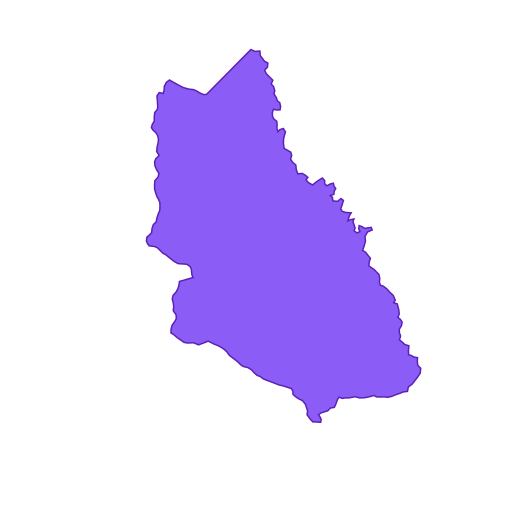 the district of Boa Esperança do Sul, São Paulo, Brazil, rotated 58°
{"feature_id": "56859067B58098151233550", "entity_name": "Boa Esperança do Sul", "entity_type": "district", "adm_level": 2, "iso_a3": "BRA", "parent_name": "Brazil", "parent_adm1": "São Paulo", "projection": "mercator", "projection_center": [-48.46, -21.949], "detail": "fine", "context": "isolated", "style": "filled", "palette": "violet", "viewbox_px": 512, "rotation_deg": 58, "n_neighbors": 0, "source": "geoboundaries", "source_scale": "gbopen_adm2", "svg_char_len": 3747}
<svg xmlns="http://www.w3.org/2000/svg" viewBox="0 0 512 512"><g transform="rotate(58 256 256)"><path d="M321.1,163.2L318.6,160.2L314.8,160.7L311.1,161.0L307.7,162.6L305.1,159.3L301.3,155.2L297.2,153.2L294.7,148.7L295.5,143.7L292.8,143.1L291.3,146.5L290.2,149.2L287.5,150.4L284.9,152.4L287.3,154.5L290.3,154.9L290.0,158.0L286.6,159.5L284.8,157.1L281.9,156.4L278.3,155.6L276.5,153.3L275.3,156.5L274.9,159.5L271.4,155.5L269.8,152.4L266.8,156.6L263.8,159.3L260.8,159.1L258.7,156.4L255.2,152.4L252.3,153.5L252.9,157.8L250.0,161.6L246.8,160.1L244.2,161.0L245.0,157.3L242.6,155.5L241.0,152.6L238.3,152.9L235.3,151.8L234.3,154.6L234.0,158.7L231.2,159.5L228.4,157.8L225.0,158.4L225.0,163.0L225.3,167.1L225.7,170.4L221.4,172.7L217.8,173.2L216.9,170.4L213.7,171.3L210.4,173.1L208.5,177.0L203.9,176.0L199.9,174.0L196.3,175.2L192.2,175.4L189.7,172.5L186.4,171.5L179.6,175.1L175.1,173.1L171.4,170.6L168.5,167.7L166.5,165.3L162.4,165.2L161.5,168.7L162.2,171.5L159.0,170.8L156.5,168.9L152.8,167.0L149.1,168.3L145.8,167.8L142.5,165.7L140.9,163.3L143.0,161.3L144.8,158.2L142.4,156.0L138.5,154.6L135.7,155.7L132.4,154.8L128.2,154.9L125.6,152.4L121.4,151.3L118.3,152.0L115.8,148.6L111.6,149.6L107.1,150.6L103.1,150.4L101.9,146.2L98.6,143.7L95.4,145.6L92.3,145.8L88.4,146.2L84.2,144.1L82.0,148.4L78.2,150.9L92.7,212.2L91.5,214.8L87.8,217.3L84.6,218.9L81.8,220.8L78.8,224.6L74.6,228.4L71.0,230.6L68.3,232.1L64.7,234.1L60.9,236.1L61.2,239.9L63.5,243.8L66.5,245.9L69.0,248.5L66.1,251.5L67.8,255.2L71.2,256.9L74.6,258.8L77.1,260.1L79.4,261.9L80.6,265.8L84.3,268.7L87.6,270.7L89.4,274.2L91.7,276.7L94.8,276.6L98.2,275.6L101.6,275.6L105.0,276.7L108.0,278.9L110.8,281.8L114.8,284.9L119.4,284.9L120.4,289.5L122.4,292.1L126.0,293.9L130.4,294.6L134.6,294.6L137.3,297.4L138.5,301.8L141.7,304.2L145.6,306.6L150.2,307.9L153.3,308.5L156.7,308.7L159.9,309.3L162.9,311.1L166.2,313.3L168.4,316.4L171.1,319.7L174.2,322.6L174.9,326.3L177.5,329.5L180.9,332.2L181.7,335.3L182.1,338.4L185.0,340.9L188.0,341.5L190.8,341.2L193.9,337.3L196.6,335.3L200.3,334.4L204.5,333.4L207.0,331.9L212.0,330.2L217.2,328.3L221.1,326.2L226.3,319.1L229.8,317.5L232.8,317.8L237.9,320.3L240.9,320.8L237.0,334.4L239.8,336.7L242.3,339.5L244.2,342.9L245.5,347.3L248.1,349.8L251.8,351.0L255.5,352.7L258.6,355.2L263.5,354.9L266.9,356.8L268.5,359.6L270.1,363.6L272.8,366.6L276.2,368.9L278.9,367.5L283.6,366.0L287.4,364.4L291.2,362.8L293.6,360.0L296.5,354.9L300.9,351.8L302.3,344.9L302.8,341.7L308.5,338.2L311.6,335.9L314.8,334.0L317.7,332.7L321.8,331.5L325.9,331.3L335.6,327.7L340.4,326.5L342.9,325.4L346.2,322.1L350.1,320.1L353.8,319.5L357.9,318.3L360.2,316.4L364.1,314.9L367.8,312.2L371.9,309.0L374.9,306.8L377.9,304.5L380.5,301.8L383.8,299.1L387.2,296.3L390.1,296.3L392.8,297.9L396.0,297.1L399.3,295.7L403.4,293.2L407.9,292.7L411.4,293.5L414.7,294.3L417.6,296.8L422.9,296.5L426.8,295.7L428.4,293.2L431.3,289.3L429.1,287.3L426.5,287.0L423.8,287.1L423.5,284.2L425.3,277.2L424.4,273.4L425.9,269.8L423.5,266.2L421.1,263.3L419.7,260.4L422.5,258.3L423.6,255.5L425.4,252.7L426.8,249.4L427.8,246.5L431.2,243.4L433.8,238.9L435.6,234.1L436.7,230.0L439.4,228.4L441.8,224.7L443.7,221.5L445.5,219.4L446.9,215.6L447.6,211.4L448.6,207.3L449.3,203.2L451.1,199.3L447.8,196.2L447.4,191.5L445.9,187.3L444.2,182.8L442.4,178.9L438.5,175.8L434.4,176.7L430.8,175.0L427.8,172.9L425.5,175.5L422.6,177.1L420.6,178.9L416.9,176.8L413.2,173.9L409.9,176.7L406.9,177.5L403.1,178.8L400.5,175.8L396.9,175.0L394.0,173.2L392.2,169.6L389.5,167.1L386.1,167.2L383.3,168.2L381.0,165.2L377.0,163.3L371.4,161.6L368.6,164.0L367.2,161.3L362.1,160.5L357.5,161.8L353.5,162.4L349.1,164.0L346.6,166.0L343.5,165.2L340.8,163.0L336.8,161.5L332.9,162.4L330.0,163.0L327.1,164.3L324.2,165.5L321.1,163.2Z" fill="#8b5cf6" stroke="#5b21b6" stroke-width="1.5"/></g></svg>